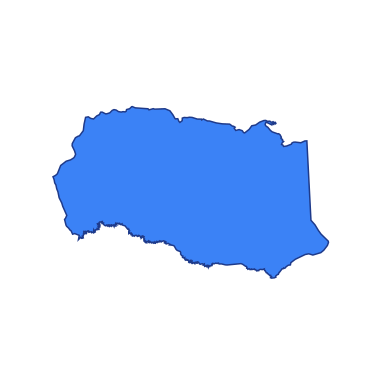 outline of Na Mon, Kalasin, Thailand, rotated 148°
{"feature_id": "78962969B62182146168517", "entity_name": "Na Mon", "entity_type": "district", "adm_level": 2, "iso_a3": "THA", "parent_name": "Thailand", "parent_adm1": "Kalasin", "projection": "mercator", "projection_center": [103.83, 16.584], "detail": "fine", "context": "isolated", "style": "filled", "palette": "blue", "viewbox_px": 384, "rotation_deg": 148, "n_neighbors": 0, "source": "geoboundaries", "source_scale": "gbopen_adm2", "svg_char_len": 6058}
<svg xmlns="http://www.w3.org/2000/svg" viewBox="0 0 384 384"><g transform="rotate(148 192 192)"><path d="M242.7,311.7L247.5,306.8L251.7,301.6L257.6,299.3L259.3,299.7L262.1,299.8L267.9,296.5L269.2,294.7L269.8,289.2L270.7,285.7L272.9,284.1L274.3,283.6L277.9,283.6L282.4,284.8L289.3,284.1L296.5,278.8L299.0,278.4L301.8,278.6L302.4,275.5L303.6,272.5L303.7,270.0L305.0,266.5L305.6,263.2L307.7,257.6L308.3,251.6L309.2,248.4L310.6,238.5L313.3,236.7L314.6,236.3L316.4,230.7L316.5,229.4L315.8,226.8L315.6,224.2L315.1,223.3L315.6,219.5L313.5,218.9L310.6,215.0L313.5,211.8L310.5,212.6L310.3,211.5L309.7,211.5L309.7,211.0L308.5,210.7L308.4,211.2L309.2,211.4L308.4,212.2L308.4,212.7L307.4,212.4L306.1,214.1L305.1,213.2L304.7,213.4L305.3,214.3L305.0,215.6L304.5,215.9L304.2,215.3L303.3,215.1L303.8,213.5L303.5,212.8L302.7,213.5L303.3,213.9L303.0,214.4L300.6,214.1L300.2,213.3L300.8,213.3L300.8,212.5L298.5,211.7L298.7,210.7L297.3,210.5L297.2,209.5L295.2,209.4L295.0,210.1L296.2,210.9L295.5,211.8L295.6,210.9L295.0,211.2L294.6,210.5L293.7,211.0L292.7,210.4L292.0,211.2L291.6,210.1L290.7,209.6L290.4,210.0L290.9,211.0L290.6,211.3L290.4,210.9L289.7,211.2L289.8,212.2L288.8,211.2L288.0,212.1L288.7,212.8L288.8,214.3L289.2,214.4L289.1,215.2L288.1,215.0L288.3,214.2L288.0,213.5L287.4,213.3L287.1,214.0L287.5,214.9L286.4,215.5L285.6,215.2L285.2,214.3L284.5,214.8L283.7,214.5L284.8,213.0L283.5,212.6L284.3,211.6L283.5,209.5L283.0,209.0L282.1,209.3L281.6,207.9L281.0,208.6L280.2,208.0L280.5,207.1L280.3,206.4L279.5,206.4L279.4,207.7L278.4,206.8L277.7,206.9L277.5,206.6L278.1,205.6L276.2,205.7L276.4,204.0L276.1,204.3L275.1,203.8L275.4,204.5L275.1,205.0L273.8,204.3L274.3,205.2L273.4,205.8L273.5,204.7L272.7,204.8L272.5,205.4L271.4,204.7L271.4,204.0L270.0,203.9L269.9,203.5L270.3,203.1L269.8,202.2L268.2,202.1L268.7,201.1L266.7,198.7L266.3,195.2L265.8,195.0L266.1,194.4L265.3,193.8L265.8,193.1L265.5,192.3L266.6,192.0L267.6,190.3L266.6,190.4L266.8,190.0L265.4,189.4L266.2,188.4L265.2,188.2L265.0,187.9L265.9,186.9L265.3,186.6L265.5,186.0L264.2,185.7L264.2,185.1L263.0,185.2L262.1,184.7L261.9,183.3L261.2,183.1L260.6,183.5L260.5,182.9L259.7,182.9L259.4,181.8L259.6,180.9L259.0,181.1L258.5,180.5L259.0,179.9L257.9,180.2L257.7,181.1L257.0,180.9L256.5,179.7L257.2,179.7L256.6,179.3L257.5,178.7L257.2,177.4L257.9,177.2L257.7,176.0L258.3,176.6L258.7,175.9L258.2,175.5L258.4,174.3L258.0,173.4L257.7,173.2L257.8,173.8L256.8,174.1L256.5,173.5L256.0,173.5L255.8,173.0L255.1,173.5L255.1,172.4L254.4,173.2L253.9,172.6L254.4,171.8L253.5,171.5L253.5,170.4L252.4,170.5L252.0,169.2L250.9,169.6L251.2,168.8L250.2,167.9L249.9,168.1L250.3,168.5L249.7,169.0L248.3,167.7L247.9,168.6L246.7,167.2L245.8,167.7L245.7,166.9L244.8,166.6L244.6,166.0L244.3,166.1L244.3,166.7L243.4,165.9L242.1,165.8L240.8,164.1L242.0,164.1L242.3,163.5L241.6,163.3L241.9,162.9L241.6,162.1L241.0,162.4L241.0,161.5L239.4,161.1L238.7,159.6L239.2,159.1L238.0,158.8L238.0,158.0L237.5,157.9L236.0,156.3L235.7,155.4L235.9,151.9L235.5,150.3L233.5,147.7L233.8,146.4L234.5,145.5L234.5,143.5L233.7,142.5L234.7,141.5L233.9,140.6L233.0,140.3L233.7,139.8L233.4,138.6L233.8,138.3L233.6,137.7L232.6,138.1L232.0,137.2L232.5,137.4L232.7,137.1L231.4,136.0L231.5,135.2L231.1,134.8L232.0,134.2L231.9,133.8L231.3,133.2L230.6,133.4L229.9,134.7L229.3,134.7L230.0,133.4L229.6,133.8L228.8,133.6L230.1,132.7L229.8,131.3L229.2,131.2L229.4,132.2L228.9,132.5L228.7,131.3L228.0,131.2L227.6,129.7L226.5,130.7L225.9,130.3L226.4,129.9L225.7,129.7L225.7,129.1L225.3,128.9L225.1,129.5L224.7,128.9L224.9,129.9L224.4,129.9L223.7,129.0L223.8,127.4L223.4,126.4L221.2,125.7L220.7,124.6L219.7,124.5L220.1,124.0L221.1,124.0L220.3,123.1L220.7,122.2L219.5,121.8L219.2,122.0L219.0,120.8L217.9,121.8L216.9,120.9L217.6,120.5L218.0,119.4L217.4,119.8L216.7,119.5L216.7,120.2L214.1,119.0L213.4,119.5L213.8,119.9L213.3,120.4L212.1,120.5L211.4,119.4L209.5,119.1L208.6,118.1L207.4,117.9L207.2,117.5L207.4,117.1L206.8,116.4L205.0,115.3L202.4,112.6L200.9,111.5L188.4,105.3L187.3,103.8L185.9,100.5L185.3,100.1L185.3,99.3L186.0,98.4L185.4,97.9L185.6,96.9L184.1,96.6L183.9,95.5L183.6,95.6L182.9,95.0L182.4,95.2L182.1,94.8L182.4,94.8L182.3,94.5L179.9,93.6L180.1,93.1L179.1,92.4L179.2,91.6L178.8,90.6L177.9,90.7L177.1,89.9L176.1,90.5L174.5,89.9L173.7,89.0L171.7,88.5L172.1,88.2L171.7,87.2L172.0,86.8L171.6,86.4L171.8,84.3L171.1,83.5L171.3,82.8L170.8,82.1L170.2,79.6L169.5,79.6L169.8,78.5L169.5,78.2L170.8,77.7L170.3,76.9L167.7,75.6L166.0,75.3L165.7,76.2L165.1,76.5L162.8,76.7L162.4,76.4L160.7,77.7L160.3,77.6L156.3,79.1L155.5,78.7L154.7,79.0L154.6,78.5L153.0,78.2L152.0,78.7L149.2,78.9L147.2,78.0L145.6,79.7L140.0,80.2L129.1,79.0L125.7,77.7L122.9,74.5L114.9,72.3L111.1,72.8L105.5,74.9L103.0,76.9L102.5,78.1L104.9,88.0L105.2,92.4L105.1,99.0L106.1,105.0L67.5,174.5L69.3,175.5L73.6,176.1L78.1,179.7L79.7,180.5L81.4,180.6L82.4,179.9L87.6,180.9L90.2,182.1L90.1,183.8L90.9,184.8L89.7,185.8L87.5,186.3L88.1,187.7L87.4,188.6L88.1,190.1L88.0,190.6L87.2,191.1L87.0,193.9L87.6,195.5L88.4,195.8L92.2,200.6L92.9,202.9L93.4,206.8L94.2,208.4L94.4,209.7L94.1,210.6L92.5,211.9L91.6,211.2L88.9,206.8L88.6,207.5L87.9,207.2L86.5,205.5L86.8,207.0L85.0,206.3L85.0,205.6L84.5,205.7L84.4,206.9L85.7,207.6L86.0,208.7L87.1,208.7L88.2,209.8L88.4,210.8L90.5,211.9L91.5,213.6L93.1,214.5L97.6,215.4L102.5,215.1L106.2,216.5L110.4,214.8L116.0,214.2L116.8,215.1L116.9,217.4L119.0,220.0L122.3,221.0L122.4,223.8L121.1,224.1L121.9,225.7L122.8,226.4L124.1,229.6L130.1,233.7L134.8,237.7L139.5,242.9L141.3,244.1L143.7,247.9L145.6,248.0L145.4,248.8L148.8,251.0L152.4,255.2L154.6,256.8L156.7,257.6L159.2,259.4L161.1,259.8L162.5,257.7L165.4,257.4L165.7,258.9L165.2,261.7L167.3,262.8L167.5,263.3L167.3,267.6L167.7,272.6L170.8,276.9L179.7,282.0L180.7,283.2L185.0,284.5L185.2,285.9L195.5,293.4L197.4,296.1L198.0,296.3L200.8,295.7L203.8,296.6L205.0,295.4L206.3,295.4L207.9,296.7L209.7,297.3L211.8,299.2L212.9,301.7L214.5,303.2L216.4,303.5L219.8,302.7L222.8,303.5L223.8,304.0L225.8,307.3L227.2,308.1L229.5,306.7L232.5,307.0L236.8,306.1L238.9,308.1L240.1,310.7L242.7,311.7Z" fill="#3b82f6" stroke="#1e3a8a" stroke-width="1.5"/></g></svg>